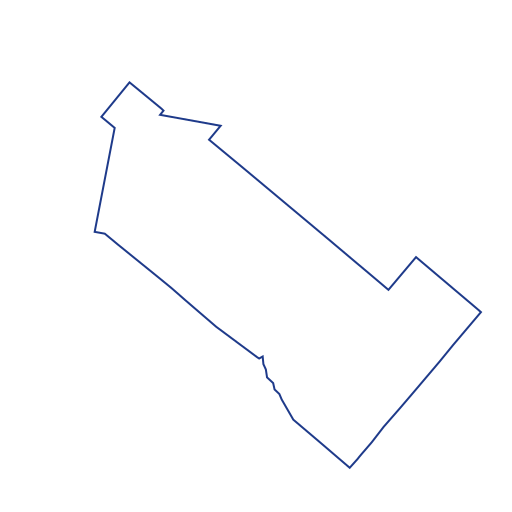 San Miguel, New Mexico, United States of America, rotated 220°
{"feature_id": "52423323B97711428373458", "entity_name": "San Miguel", "entity_type": "district", "adm_level": 2, "iso_a3": "USA", "parent_name": "United States of America", "parent_adm1": "New Mexico", "projection": "albers", "projection_center": [-104.906, 35.456], "detail": "fine", "context": "isolated", "style": "outline", "palette": "blue", "viewbox_px": 512, "rotation_deg": 220, "n_neighbors": 0, "source": "geoboundaries", "source_scale": "gbopen_adm2", "svg_char_len": 717}
<svg xmlns="http://www.w3.org/2000/svg" viewBox="0 0 512 512"><g transform="rotate(220 256 256)"><path d="M132.7,358.0L132.8,315.2L157.3,315.3L174.7,315.3L213.1,315.4L320.5,315.2L366.7,314.9L366.8,333.0L420.2,302.5L420.3,307.9L423.2,308.1L464.5,307.7L464.0,271.2L463.9,263.2L446.6,263.3L395.1,170.8L386.2,175.9L369.1,176.0L316.8,176.9L299.7,177.1L281.7,176.7L241.0,176.2L190.1,179.2L187.7,179.5L186.3,183.3L180.8,177.9L175.5,175.4L169.5,170.1L161.2,169.7L156.0,165.7L149.4,165.3L144.1,162.6L122.2,154.6L87.1,154.4L48.1,154.0L47.7,165.8L47.8,168.5L47.8,172.6L47.6,187.7L48.4,207.2L47.9,232.0L47.7,253.9L47.5,293.2L47.8,314.9L47.6,357.6L53.9,357.7L132.7,358.0Z" fill="none" stroke="#1e3a8a" stroke-width="2"/></g></svg>